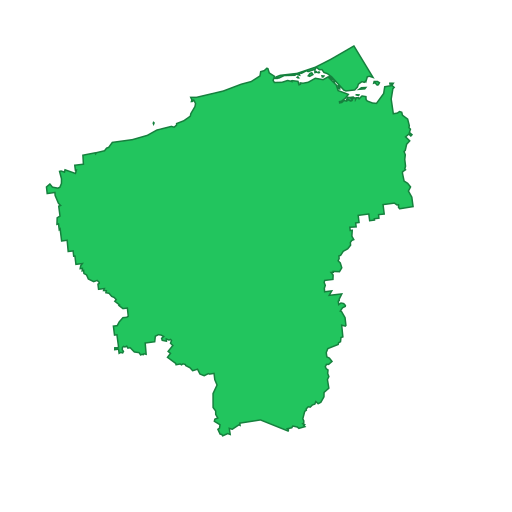 Sunshine Coast, Queensland, Australia, rotated 254°
{"feature_id": "25037944B96271376045080", "entity_name": "Sunshine Coast", "entity_type": "district", "adm_level": 2, "iso_a3": "AUS", "parent_name": "Australia", "parent_adm1": "Queensland", "projection": "albers", "projection_center": [153.027, -26.708], "detail": "fine", "context": "isolated", "style": "filled", "palette": "green", "viewbox_px": 512, "rotation_deg": 254, "n_neighbors": 0, "source": "geoboundaries", "source_scale": "gbopen_adm2", "svg_char_len": 6085}
<svg xmlns="http://www.w3.org/2000/svg" viewBox="0 0 512 512"><g transform="rotate(254 256 256)"><path d="M92.3,174.4L93.1,179.9L91.6,182.0L97.7,182.8L96.0,185.4L98.4,193.0L97.6,194.0L99.8,194.3L97.2,215.1L78.9,238.6L79.8,239.3L81.4,238.5L81.0,243.0L82.4,244.5L80.2,248.6L78.5,249.7L78.5,256.0L79.9,255.2L80.5,256.3L81.9,254.7L82.4,255.9L84.4,256.5L86.6,256.1L93.2,260.0L93.9,261.9L95.1,262.0L96.7,264.7L95.8,266.5L97.3,269.2L97.4,271.7L99.6,273.4L96.9,275.0L97.5,278.0L101.9,282.5L106.1,283.8L108.9,289.6L117.6,290.6L120.0,292.8L123.3,292.5L126.6,293.8L128.3,292.4L130.5,292.1L132.4,293.9L131.8,295.9L133.7,300.0L137.6,298.4L139.5,296.3L143.8,296.9L147.2,299.5L148.3,310.6L149.9,311.5L150.3,313.6L154.2,315.2L154.3,317.2L165.9,319.3L164.0,322.5L164.5,323.3L172.2,324.6L179.0,322.9L179.8,321.8L182.4,324.9L182.9,327.9L183.8,328.3L186.1,327.2L187.4,324.7L186.5,322.1L189.9,322.6L190.2,323.7L191.5,324.0L195.9,328.0L198.0,315.5L201.6,319.2L202.7,312.1L206.2,312.8L208.6,314.5L211.8,314.2L213.6,315.3L212.3,323.5L216.5,324.9L219.5,323.6L219.0,325.8L219.9,325.9L217.9,331.9L221.0,335.2L226.1,335.1L228.7,333.6L230.6,335.2L233.2,335.7L233.3,337.5L236.5,341.2L237.6,346.1L240.3,349.9L243.0,350.4L244.6,352.4L244.8,354.5L248.6,353.6L254.2,355.6L254.5,353.6L257.8,354.1L256.4,360.3L260.3,360.9L259.8,364.3L266.9,365.4L265.3,376.0L258.6,375.0L257.9,379.8L259.2,380.0L258.5,384.6L262.0,385.2L261.0,390.8L270.4,392.3L268.7,403.6L266.2,405.6L266.0,407.1L263.5,406.4L261.8,407.1L260.2,420.6L269.6,422.0L276.4,420.4L279.8,423.6L284.1,421.8L287.2,419.0L295.2,419.6L296.6,420.1L297.7,423.5L298.9,423.1L301.1,424.5L307.8,425.6L312.1,427.4L315.6,427.1L316.4,428.6L321.9,431.6L324.3,435.5L329.3,432.6L331.1,436.5L328.7,437.9L329.6,439.4L332.5,437.5L335.3,439.4L337.2,438.4L339.1,439.3L345.8,439.5L350.9,435.6L354.0,435.7L355.3,433.8L354.4,431.3L354.9,427.2L369.6,429.2L379.1,433.7L380.0,435.3L382.4,433.8L383.2,426.4L377.0,423.5L369.5,413.9L370.9,410.2L374.3,405.7L376.0,404.9L378.9,405.6L380.6,402.0L378.7,398.4L379.9,398.0L380.4,396.2L379.0,394.8L380.5,395.2L380.9,393.9L380.7,392.4L379.0,391.3L378.8,389.8L380.9,387.3L379.9,385.9L381.2,383.3L379.9,380.9L380.1,378.6L381.4,378.8L381.2,380.6L383.0,385.3L385.9,389.3L392.4,380.5L398.2,380.3L408.3,374.6L407.0,369.1L410.5,362.0L408.6,354.1L409.1,348.8L410.2,346.3L408.8,346.0L408.7,344.5L412.3,344.5L414.6,339.1L414.6,338.3L413.9,338.4L416.0,334.8L415.8,328.8L417.7,321.5L420.1,320.8L423.6,323.3L428.3,319.2L432.8,319.1L433.5,318.2L431.9,315.0L431.9,311.3L428.0,309.5L425.0,299.5L425.2,289.2L423.6,270.0L424.9,242.5L426.5,237.0L423.7,237.4L422.3,236.5L422.1,237.7L423.2,238.7L422.8,239.3L419.2,239.9L416.4,238.5L410.8,232.6L408.5,231.4L405.9,223.9L405.2,216.2L403.7,215.7L402.4,212.8L403.9,210.4L404.4,195.5L401.9,184.8L401.9,169.3L404.8,149.2L401.0,144.3L400.9,142.1L398.9,139.4L399.3,131.1L398.4,130.0L399.5,129.9L400.6,117.4L391.8,115.4L393.2,106.8L388.1,106.0L388.1,107.0L385.1,105.2L391.5,96.2L389.4,95.0L391.4,92.1L391.5,90.5L383.8,90.3L379.4,89.0L376.2,86.5L375.8,84.3L378.3,79.3L382.0,77.7L380.1,73.6L373.6,72.5L372.5,80.2L369.5,79.6L361.2,80.6L358.4,82.1L358.3,80.1L348.4,78.6L347.5,75.4L341.3,73.4L341.3,75.0L335.5,74.1L336.1,75.2L324.0,73.3L323.2,78.8L312.1,76.7L311.3,81.6L306.1,80.7L305.8,81.9L297.6,80.6L296.6,87.0L294.9,84.8L292.3,83.5L292.0,85.7L289.6,84.8L289.7,86.3L286.6,85.8L284.6,87.9L280.1,88.5L276.1,92.9L276.3,96.6L273.9,98.0L272.9,97.8L272.5,96.3L267.4,95.5L266.5,101.3L264.8,100.0L263.9,102.6L262.1,101.6L260.6,104.5L257.0,106.1L255.2,108.3L252.6,109.6L251.4,107.8L246.6,111.3L246.2,110.6L242.1,113.6L241.4,118.0L233.3,116.6L232.7,114.8L233.4,111.1L230.4,106.4L227.3,103.4L227.9,99.6L219.0,98.2L218.6,100.6L206.4,98.8L205.9,97.5L206.7,95.0L204.9,94.4L204.3,98.2L200.2,97.6L200.6,99.4L199.6,101.1L200.8,102.3L202.9,101.6L204.8,102.4L205.6,103.7L204.7,104.9L205.0,106.9L202.8,107.4L202.5,109.8L197.3,112.6L195.3,117.0L192.7,117.8L192.9,119.5L192.2,120.3L192.9,121.4L191.8,123.3L202.9,125.5L201.5,135.0L206.6,137.1L207.3,140.5L206.2,142.9L204.1,145.1L202.9,142.6L200.8,142.6L198.8,146.4L201.0,146.9L199.2,149.2L199.4,150.8L198.1,151.5L195.7,149.8L192.9,151.4L188.5,145.2L186.0,147.0L183.0,143.0L174.9,149.2L173.5,149.2L173.1,153.4L171.9,154.4L172.5,156.0L171.2,158.2L170.1,158.2L166.7,161.8L163.2,163.5L163.3,168.6L158.0,169.6L155.2,173.2L156.1,177.7L155.3,178.8L154.7,183.3L148.5,182.3L142.7,183.0L135.6,176.8L122.2,173.0L118.1,174.5L114.8,173.6L110.8,174.6L110.5,171.5L108.6,170.4L103.7,174.9L100.5,173.4L99.9,171.6L94.7,172.4L93.9,173.9L92.3,174.4ZM430.9,408.0L424.4,382.0L421.1,365.0L420.2,345.8L423.0,329.1L422.6,324.9L421.4,323.4L420.8,325.4L421.7,326.4L420.7,326.9L421.7,332.8L419.0,343.2L419.7,344.8L417.8,347.8L419.0,347.8L419.7,348.9L419.1,350.1L420.2,355.6L418.9,356.9L419.2,364.4L420.8,366.0L417.6,368.3L417.0,370.8L413.7,371.9L411.6,374.9L407.4,378.1L391.2,386.2L389.9,387.9L388.4,396.7L390.5,400.1L393.0,401.8L394.4,405.9L393.1,408.0L393.9,409.3L393.2,409.6L397.6,412.4L397.5,414.6L395.4,417.7L430.9,408.0ZM389.8,418.1L386.9,419.6L386.9,420.8L388.5,422.4L390.3,420.9L391.2,417.7L389.7,416.8L389.8,418.1ZM379.3,391.2L380.8,391.5L382.9,389.1L383.1,388.0L381.4,386.2L380.7,386.1L381.2,387.8L379.3,389.5L379.3,391.2ZM413.9,357.1L414.7,360.7L416.7,360.1L416.7,358.4L414.8,355.9L413.9,357.1ZM387.8,401.1L386.7,406.6L387.7,408.0L388.7,403.7L387.8,401.1ZM384.2,435.6L385.2,432.3L384.4,432.1L383.2,434.4L384.2,435.6ZM403.3,379.8L406.1,378.4L409.2,375.9L405.2,377.8L403.3,379.8ZM415.9,365.2L417.4,364.2L417.6,363.6L416.1,363.2L415.9,365.2ZM409.8,369.1L409.7,370.2L410.3,370.9L411.0,369.1L409.8,369.1ZM381.3,393.8L382.0,393.3L382.3,391.3L380.9,392.1L381.3,393.8ZM393.5,382.5L394.2,382.7L395.6,381.2L394.3,381.3L393.5,382.5ZM383.6,396.2L382.0,398.8L382.5,399.3L383.6,396.2ZM414.6,368.0L415.6,367.2L415.0,365.7L414.9,367.3L414.6,368.0ZM415.5,346.1L416.7,345.6L416.4,344.8L415.6,345.5L415.5,346.1ZM402.8,379.0L400.9,379.6L403.2,379.0L402.8,379.0ZM395.5,382.9L396.7,382.6L396.9,382.0L395.7,382.2L395.5,382.9ZM412.6,194.3L411.8,193.8L411.0,193.9L412.0,194.7L412.6,194.3Z" fill="#22c55e" stroke="#15803d" stroke-width="1.5"/></g></svg>